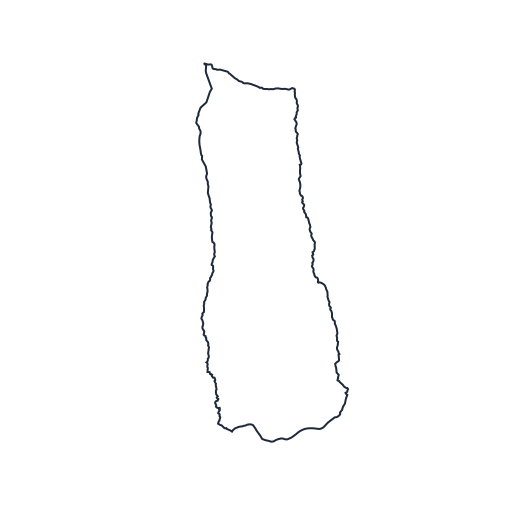 outline of Brasilândia, Mato Grosso do Sul, Brazil, rotated 43°
{"feature_id": "56859067B25661728883389", "entity_name": "Brasilândia", "entity_type": "district", "adm_level": 2, "iso_a3": "BRA", "parent_name": "Brazil", "parent_adm1": "Mato Grosso do Sul", "projection": "albers", "projection_center": [-52.472, -21.061], "detail": "fine", "context": "isolated", "style": "outline", "palette": "slate", "viewbox_px": 512, "rotation_deg": 43, "n_neighbors": 0, "source": "geoboundaries", "source_scale": "gbopen_adm2", "svg_char_len": 6155}
<svg xmlns="http://www.w3.org/2000/svg" viewBox="0 0 512 512"><g transform="rotate(43 256 256)"><path d="M422.2,334.6L422.2,329.1L422.7,325.8L423.7,320.2L424.9,318.8L425.4,317.1L425.6,315.6L425.4,314.1L424.2,313.3L423.9,309.9L422.4,306.8L421.7,303.3L419.0,298.9L417.5,295.3L415.9,295.4L414.8,295.0L415.3,293.3L414.1,290.6L412.9,290.3L412.2,290.9L411.2,291.2L409.3,291.4L407.3,291.0L403.2,291.1L402.2,290.7L400.5,291.4L399.8,290.5L399.5,289.4L398.7,288.8L397.9,287.0L397.2,286.4L396.4,286.5L395.6,286.3L394.5,286.3L390.6,282.9L389.4,282.4L387.4,280.8L387.5,278.8L388.0,276.6L387.8,275.5L383.7,271.9L383.9,270.9L382.4,270.5L381.4,269.7L379.7,269.3L378.5,268.6L377.8,267.9L376.7,265.7L374.5,262.7L373.3,262.8L372.6,262.3L371.1,260.5L369.2,259.3L368.5,257.4L367.8,256.6L364.3,253.9L361.3,252.3L359.8,251.8L359.1,250.8L357.6,249.8L356.4,250.1L355.3,250.0L354.3,249.2L353.4,249.0L350.6,246.0L348.5,244.8L347.1,244.6L346.2,243.8L346.1,242.9L344.7,242.5L344.0,242.6L343.2,242.2L342.2,241.3L341.2,239.6L339.2,238.9L336.1,237.1L335.6,236.3L332.5,233.4L330.1,232.5L329.1,231.8L326.8,230.7L325.2,230.5L322.0,231.1L320.4,232.0L320.0,232.8L319.2,233.0L318.0,231.4L317.1,230.7L316.3,230.3L315.2,230.2L314.4,230.8L313.6,230.8L311.7,230.2L310.8,229.3L309.5,228.9L308.3,228.1L307.7,226.9L307.0,226.4L306.1,225.9L304.8,225.8L303.8,225.3L303.3,223.8L302.8,223.1L301.9,222.7L301.5,220.6L300.8,219.7L299.8,218.8L298.6,218.7L296.8,217.4L296.9,215.9L294.8,214.7L295.1,213.5L294.8,212.3L294.3,211.5L294.1,210.7L290.8,207.4L290.3,206.4L289.6,205.7L288.6,205.5L287.0,205.4L285.4,204.6L284.5,204.5L282.6,203.6L281.4,201.6L279.2,201.2L277.2,200.1L276.4,199.0L276.1,197.8L275.2,197.1L274.1,196.3L272.9,195.9L268.5,193.0L267.3,192.8L266.3,193.4L264.6,191.9L263.8,191.4L261.1,190.9L260.6,190.0L258.3,189.4L257.6,188.6L257.4,187.5L257.0,186.5L256.3,185.7L255.4,185.6L254.2,185.7L253.0,185.2L253.0,184.2L251.3,183.2L250.8,181.6L249.8,180.9L248.8,180.7L247.9,181.1L246.1,180.7L245.2,180.2L244.5,179.4L243.4,178.9L241.5,175.5L240.0,173.8L237.8,172.1L235.1,170.8L234.6,170.0L234.1,167.1L231.9,165.6L229.6,163.2L228.9,162.1L226.8,160.1L225.8,159.4L226.5,158.2L226.1,157.3L222.1,155.0L219.9,153.4L219.6,152.6L217.5,151.9L216.8,151.2L213.2,148.8L212.8,147.7L208.5,145.4L207.2,143.2L206.1,142.6L205.3,141.9L204.8,140.7L204.0,139.7L203.5,138.5L202.7,138.0L200.4,137.9L199.5,137.3L198.8,136.3L197.6,135.8L195.9,132.0L195.1,131.1L194.2,130.6L190.9,129.8L190.5,128.8L190.9,127.4L189.9,126.8L189.1,124.7L187.7,123.1L187.3,121.0L185.4,119.6L184.8,118.2L183.7,117.2L181.8,116.6L181.2,116.1L180.5,115.0L179.4,114.2L178.2,113.7L177.0,113.6L176.1,113.0L174.4,111.6L173.3,110.1L172.3,109.7L171.6,108.5L170.8,107.7L169.9,107.5L169.0,108.1L168.0,108.4L166.9,111.4L166.2,112.2L163.6,113.6L160.9,116.3L157.9,118.3L156.2,120.0L154.9,122.2L153.0,123.8L151.8,125.2L150.0,126.5L149.0,127.5L147.2,128.9L145.6,128.9L144.8,129.5L144.2,130.4L142.1,130.8L138.0,132.4L137.2,132.9L135.7,133.3L132.2,135.3L129.9,137.5L129.3,137.9L128.5,138.2L127.6,138.1L126.5,138.4L125.4,139.1L124.0,139.7L121.7,139.8L119.0,140.4L112.5,140.6L111.5,140.9L110.4,140.5L109.5,140.6L102.9,144.0L100.4,146.4L99.2,146.7L97.5,148.2L96.4,148.3L93.4,146.5L92.3,146.6L90.5,148.6L86.4,150.7L89.6,150.6L93.1,155.0L95.1,156.4L109.6,163.8L110.3,167.3L114.8,177.1L114.9,178.4L114.3,185.0L114.6,186.2L116.5,190.7L117.1,191.7L117.8,192.0L118.7,195.2L120.5,197.6L120.9,198.6L121.7,199.5L126.1,200.4L127.8,201.7L129.3,202.1L130.5,202.7L132.0,204.3L133.1,206.8L133.8,207.8L136.1,210.6L138.6,213.0L143.2,216.4L145.2,218.1L147.3,219.5L148.4,219.6L150.6,222.3L158.2,224.8L163.9,229.0L165.4,232.0L166.7,233.0L168.1,233.8L169.9,234.4L172.0,236.5L173.7,237.5L177.7,242.6L179.4,243.7L182.8,245.5L185.1,247.5L186.6,248.6L187.8,249.1L189.2,251.2L190.1,251.7L192.1,252.4L192.8,252.9L193.3,254.9L193.9,255.7L195.4,257.1L196.2,257.6L197.3,257.7L198.0,258.7L199.0,260.7L201.0,262.0L203.0,265.3L203.6,266.0L204.5,266.3L205.2,266.9L205.4,267.7L207.2,268.1L208.1,268.5L210.7,272.2L213.6,274.8L214.8,275.5L215.8,275.1L217.5,275.6L218.3,276.3L218.8,277.3L221.1,279.6L222.0,280.2L223.2,281.3L223.8,282.6L224.5,283.5L226.3,284.5L226.3,285.5L227.1,288.4L228.6,290.5L228.9,291.7L229.5,292.7L231.3,292.5L232.6,293.8L233.2,294.7L234.7,295.5L235.4,296.4L235.9,298.5L236.8,300.0L236.9,301.0L237.4,302.0L237.4,303.1L237.8,303.9L238.8,304.7L239.1,305.8L238.8,307.0L239.7,309.6L240.5,310.1L241.6,312.2L243.2,313.4L245.0,315.3L245.9,317.0L247.2,318.5L247.9,321.2L248.6,321.9L249.0,322.7L249.2,324.5L249.8,325.5L250.4,325.9L251.2,327.0L251.7,328.1L253.2,329.2L255.7,331.9L256.2,332.8L255.9,333.7L256.2,335.0L257.3,335.6L257.9,337.7L258.8,339.1L260.5,339.5L263.4,341.3L264.6,342.9L265.1,344.4L266.0,345.2L266.9,345.8L268.9,346.1L269.8,346.6L271.4,349.3L272.2,349.4L273.9,349.0L274.5,349.8L275.6,349.9L276.2,350.8L277.0,351.4L279.6,351.8L281.3,352.9L281.8,354.0L283.8,354.8L287.4,359.9L289.9,361.5L290.8,363.0L290.8,363.9L292.1,365.5L292.5,366.5L292.3,367.6L293.2,367.5L294.4,368.0L295.5,369.8L296.2,370.4L297.1,370.7L299.6,373.9L301.2,372.6L303.0,373.6L303.9,372.9L305.0,372.8L305.2,373.8L307.5,374.3L308.6,373.3L310.2,374.1L311.0,374.8L310.9,375.7L311.8,376.2L313.7,376.7L314.5,377.8L318.1,380.4L318.4,381.6L319.3,382.7L320.9,384.1L322.0,384.5L323.7,384.7L323.9,386.4L324.8,386.5L326.0,386.3L326.6,388.1L325.8,389.0L325.9,390.5L326.2,391.3L328.5,392.2L329.1,392.7L329.4,393.5L330.9,393.5L332.1,393.0L332.9,391.9L333.9,392.5L333.9,393.5L334.7,393.6L335.1,396.1L335.7,396.8L337.1,396.5L337.9,397.0L338.4,397.9L339.7,398.2L340.5,399.4L340.8,400.4L341.6,401.4L341.5,402.4L342.6,404.5L345.4,403.9L346.3,403.3L350.3,403.4L351.3,402.8L351.8,402.1L352.6,402.4L356.1,401.1L358.2,400.8L357.9,399.2L358.2,396.4L359.9,392.8L360.7,391.6L362.0,390.2L362.7,388.8L364.1,386.9L364.7,385.2L366.2,383.4L367.8,382.2L368.9,381.8L370.2,381.9L374.1,382.8L375.4,383.3L381.7,384.5L385.2,385.6L388.7,384.2L390.9,382.8L393.8,381.4L395.2,379.8L396.3,376.5L397.2,374.7L398.8,372.3L400.3,371.1L402.3,370.2L404.0,368.7L405.8,364.4L406.8,359.2L407.2,355.7L407.8,353.4L408.6,351.3L409.8,348.9L411.9,346.2L415.2,343.1L420.2,339.4L421.2,338.1L422.0,336.0L422.2,334.6Z" fill="none" stroke="#1e293b" stroke-width="2"/></g></svg>